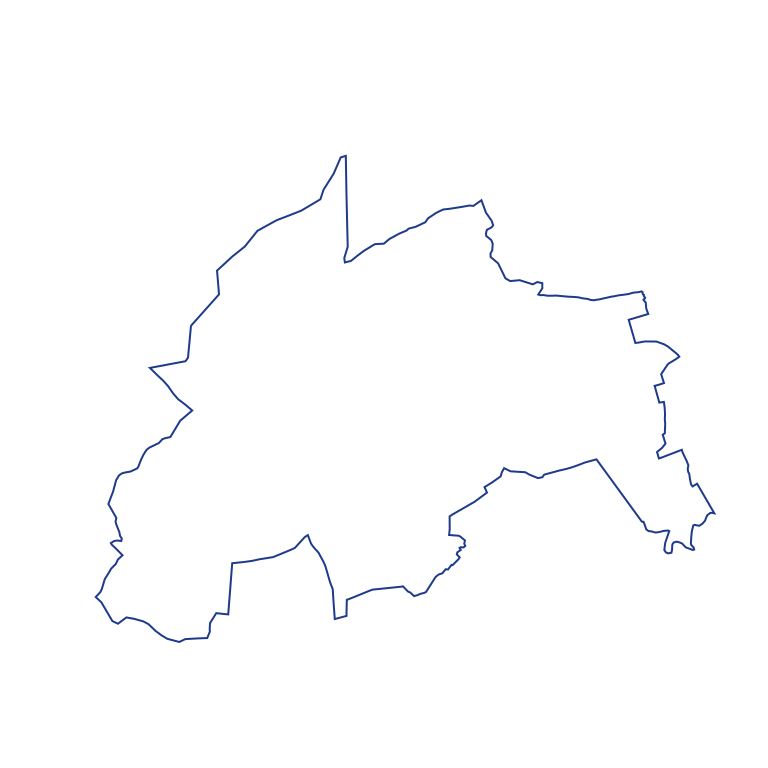 Ezza South, Ebonyi, Nigeria (Mercator projection), rotated 173°
{"feature_id": "59680162B18578493945657", "entity_name": "Ezza South", "entity_type": "district", "adm_level": 2, "iso_a3": "NGA", "parent_name": "Nigeria", "parent_adm1": "Ebonyi", "projection": "mercator", "projection_center": [7.982, 6.114], "detail": "fine", "context": "isolated", "style": "outline", "palette": "blue", "viewbox_px": 768, "rotation_deg": 173, "n_neighbors": 0, "source": "geoboundaries", "source_scale": "gbopen_adm2", "svg_char_len": 4390}
<svg xmlns="http://www.w3.org/2000/svg" viewBox="0 0 768 768"><g transform="rotate(173 384 384)"><path d="M461.5,156.7L449.4,158.4L449.2,161.0L448.3,167.0L447.2,174.3L441.1,175.8L425.3,180.1L420.7,181.3L390.6,180.7L389.9,180.9L388.9,179.6L385.5,175.1L383.3,173.8L380.0,169.8L379.8,169.9L376.2,170.4L374.7,170.9L372.8,171.4L370.9,171.6L369.8,171.7L367.7,172.4L356.2,186.3L352.8,188.3L349.1,189.0L347.7,190.4L345.4,192.6L343.1,192.1L339.1,196.2L338.1,195.8L331.3,201.1L330.0,202.7L332.5,206.0L332.1,207.0L331.8,207.9L328.0,210.0L329.0,212.1L327.8,212.7L325.0,212.1L323.1,213.3L323.8,215.7L322.7,218.9L326.8,223.2L328.4,224.3L337.8,226.2L336.5,231.7L335.0,244.6L331.8,246.2L308.6,256.0L295.0,263.7L296.8,269.4L288.9,273.0L279.5,278.1L277.7,282.2L275.0,285.8L269.0,281.9L254.5,279.2L251.0,276.5L242.6,271.8L238.1,272.2L236.1,274.5L220.9,276.7L213.2,277.5L207.7,278.4L200.8,279.9L194.1,281.6L182.3,283.3L167.6,256.9L144.8,215.9L143.2,215.6L142.3,212.0L141.4,207.8L139.3,205.7L137.0,205.3L134.4,204.2L132.2,203.4L130.1,203.5L127.1,203.7L124.5,204.1L120.0,204.0L118.8,203.3L124.3,191.9L126.0,185.0L124.7,182.5L122.7,181.3L119.3,181.5L118.3,184.3L117.9,186.8L117.3,189.7L115.8,191.4L113.0,191.8L111.2,191.4L107.6,189.4L104.4,185.1L97.7,181.6L96.3,181.9L96.7,184.2L98.4,186.3L98.9,188.0L97.6,195.2L96.2,200.9L94.2,206.0L92.8,206.3L89.6,205.2L88.4,204.9L85.2,206.4L82.1,209.1L79.3,214.2L76.0,216.2L74.3,216.2L71.9,215.4L85.4,246.9L90.2,244.7L91.5,247.0L91.9,252.8L92.0,257.7L92.8,259.7L92.9,262.6L91.8,266.3L93.1,271.2L96.0,279.7L96.4,282.4L116.8,277.3L120.2,276.6L121.3,283.2L115.9,286.6L111.9,290.5L113.5,299.7L111.3,300.8L109.7,310.4L109.6,314.6L108.7,320.1L108.3,326.5L108.4,332.1L113.0,332.0L115.6,349.2L111.1,349.8L106.0,350.8L107.7,360.0L100.0,368.9L98.4,369.9L96.1,370.9L91.3,373.1L87.6,375.1L88.7,377.1L90.6,379.3L92.2,380.9L97.5,386.5L101.2,389.3L108.4,392.9L119.3,394.4L121.9,394.4L125.4,394.1L129.5,394.1L131.7,407.9L132.7,414.1L133.3,417.9L131.4,418.2L113.2,421.3L114.5,426.9L114.3,432.9L116.2,436.0L114.6,437.2L114.3,437.8L115.3,439.4L115.2,440.9L115.9,441.2L116.3,442.2L116.1,443.6L116.9,444.5L120.4,444.1L123.9,444.3L126.9,444.1L130.2,443.5L135.9,443.4L140.6,443.4L145.1,443.0L147.4,443.0L151.4,442.6L154.8,442.3L160.4,441.7L163.9,441.7L165.2,441.5L168.8,442.3L171.1,443.5L176.9,445.0L180.7,446.4L186.2,447.5L190.4,448.2L194.1,449.0L202.4,450.8L206.2,451.1L211.6,451.8L213.6,452.5L215.2,452.9L218.0,453.1L220.0,454.0L215.2,459.7L214.6,464.8L219.4,466.5L224.2,464.8L236.7,470.5L246.3,470.8L250.6,474.1L256.0,489.8L262.7,497.1L262.4,500.6L260.3,503.4L259.0,510.0L260.0,513.8L264.5,518.5L264.4,521.1L263.1,524.5L258.2,526.3L256.3,528.2L257.3,533.0L261.9,541.6L264.9,554.5L273.5,549.9L277.3,550.7L285.8,550.3L298.0,549.9L304.0,550.0L311.1,547.6L320.1,543.1L323.3,539.5L333.7,536.1L340.7,535.2L342.8,533.6L350.5,531.4L360.9,527.3L367.1,523.3L375.8,523.9L377.5,523.3L387.9,518.5L393.7,515.2L401.8,510.2L408.0,509.4L408.1,513.8L403.3,524.6L401.9,538.8L397.8,580.1L394.1,615.1L399.3,614.2L408.4,598.8L420.4,584.1L424.6,575.1L435.5,570.3L445.1,566.1L457.9,562.8L470.7,559.6L490.9,551.5L505.4,537.4L516.4,530.6L518.3,529.5L535.9,516.9L536.8,493.7L536.9,493.0L567.8,465.9L568.6,464.8L575.3,434.1L578.2,430.8L614.4,428.5L607.6,420.0L602.6,414.0L598.9,408.7L594.3,400.1L590.1,393.9L584.2,388.2L577.6,381.1L590.9,372.3L594.2,368.0L602.5,357.4L607.5,356.9L610.6,356.3L614.7,352.8L617.8,351.8L622.4,350.2L624.7,349.4L627.8,347.5L631.3,343.2L634.3,338.6L637.8,332.1L639.0,330.5L640.7,329.8L646.3,328.0L652.1,327.7L655.1,327.2L658.0,325.7L661.6,321.2L665.9,310.5L672.2,298.5L666.0,283.7L667.2,280.1L666.9,277.6L664.7,269.1L664.5,265.4L663.1,262.6L663.9,260.2L668.2,261.2L671.0,261.0L674.5,259.4L673.7,257.6L670.9,254.3L664.4,245.9L669.5,242.2L672.1,238.1L677.4,233.9L679.3,231.3L685.0,224.2L689.0,215.0L691.0,211.9L696.1,207.7L691.1,201.7L682.5,181.8L677.3,178.5L668.1,183.7L662.1,181.8L661.9,181.9L651.8,177.7L647.0,174.3L640.7,166.6L635.5,161.7L630.1,157.5L618.6,152.9L616.0,153.8L612.3,155.0L600.0,154.2L590.4,153.4L587.0,159.5L586.9,161.9L585.8,167.9L578.4,177.0L572.5,175.6L566.7,174.3L556.5,224.6L544.5,224.4L536.6,224.5L529.2,225.2L515.1,225.7L496.6,230.8L492.4,232.2L481.2,241.8L478.0,243.3L476.8,238.3L476.0,235.0L475.2,233.1L473.8,230.7L471.9,227.9L469.6,224.7L465.9,215.4L464.3,210.0L461.7,193.8L459.9,186.7L460.8,171.0L461.5,156.7Z" fill="none" stroke="#1e3a8a" stroke-width="2"/></g></svg>